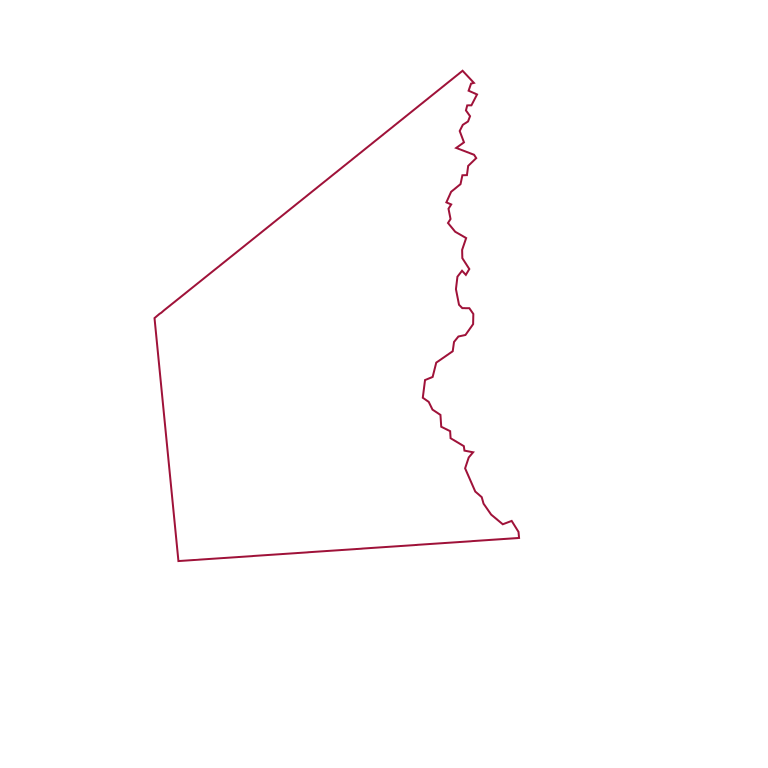 Reeves, Texas, United States of America, rotated 47°
{"feature_id": "52423323B15445354954685", "entity_name": "Reeves", "entity_type": "district", "adm_level": 2, "iso_a3": "USA", "parent_name": "United States of America", "parent_adm1": "Texas", "projection": "mercator", "projection_center": [-103.627, 31.383], "detail": "fine", "context": "isolated", "style": "outline", "palette": "rose", "viewbox_px": 768, "rotation_deg": 47, "n_neighbors": 0, "source": "geoboundaries", "source_scale": "gbopen_adm2", "svg_char_len": 1053}
<svg xmlns="http://www.w3.org/2000/svg" viewBox="0 0 768 768"><g transform="rotate(47 384 384)"><path d="M373.3,655.1L588.7,390.2L583.9,386.5L571.2,384.0L567.6,392.8L552.6,394.7L539.4,392.8L533.4,389.7L524.9,390.6L501.0,382.2L495.5,372.1L494.7,365.4L487.6,370.6L483.9,368.0L469.1,372.3L463.6,367.8L454.3,371.3L445.1,363.8L435.8,366.0L427.6,363.5L420.5,365.0L409.1,351.3L412.0,343.6L404.0,331.2L406.9,311.4L401.0,304.1L400.0,297.2L403.7,291.0L401.0,278.0L393.7,270.9L386.8,269.9L381.9,275.0L377.2,275.1L363.7,266.7L355.6,257.1L354.4,249.7L360.0,249.7L358.1,243.2L345.4,240.9L339.2,235.4L333.3,224.4L321.2,228.1L309.9,227.4L308.7,222.8L299.8,217.3L298.5,212.4L293.7,214.5L289.2,203.8L290.0,191.7L284.8,184.3L287.8,180.9L281.9,173.7L281.7,162.5L277.8,161.8L260.6,170.2L261.8,160.7L250.6,156.1L248.2,149.6L249.3,143.5L246.8,138.4L239.8,137.5L237.0,133.1L239.8,130.0L235.7,118.5L227.2,122.1L223.7,115.5L225.1,112.9L208.5,112.9L188.7,380.2L180.1,494.6L180.0,498.2L179.6,500.4L179.3,506.9L373.3,655.1Z" fill="none" stroke="#9f1239" stroke-width="2"/></g></svg>